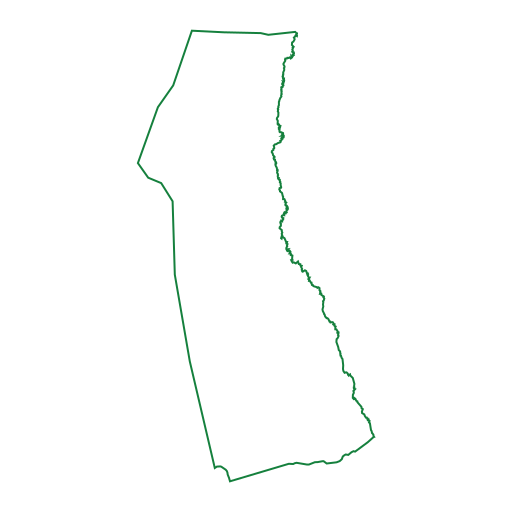 outline of Oichili-Dimani, Andjazîdja, Comoros
{"feature_id": "10938185B16841428111903", "entity_name": "Oichili-Dimani", "entity_type": "district", "adm_level": 2, "iso_a3": "COM", "parent_name": "Comoros", "parent_adm1": "Andjazîdja", "projection": "equal_earth", "projection_center": [43.406, -11.657], "detail": "fine", "context": "isolated", "style": "outline", "palette": "green", "viewbox_px": 512, "rotation_deg": 0, "n_neighbors": 0, "source": "geoboundaries", "source_scale": "gbopen_adm2", "svg_char_len": 6034}
<svg xmlns="http://www.w3.org/2000/svg" viewBox="0 0 512 512"><path d="M191.9,30.7L173.2,85.4L157.9,107.2L137.9,163.1L148.2,177.7L161.2,183.1L172.6,201.3L174.8,274.6L189.8,361.4L214.8,468.0L216.9,466.6L220.2,466.4L221.3,466.7L225.7,469.7L226.8,471.0L227.4,472.5L227.7,474.6L229.0,477.8L230.0,481.3L288.8,463.8L293.2,464.0L294.8,463.2L296.6,462.8L306.7,464.5L309.0,464.5L314.9,462.2L317.6,462.1L322.5,461.2L323.6,461.2L326.7,463.5L336.6,462.3L339.7,461.1L341.8,459.2L342.8,456.5L344.4,455.2L345.7,454.5L348.3,454.9L351.5,452.2L353.5,451.2L355.1,451.6L367.8,442.2L373.5,437.1L374.1,436.9L373.5,436.0L373.4,434.7L372.4,433.3L372.1,433.2L371.5,430.8L371.0,430.1L369.9,423.2L369.0,422.5L369.5,421.1L369.1,421.0L368.7,419.8L368.4,420.4L367.8,420.3L366.9,417.7L366.0,417.7L364.8,415.9L364.3,414.4L362.1,413.1L361.9,411.6L362.8,409.1L361.6,408.3L361.4,406.8L357.4,402.2L357.4,401.4L356.2,400.7L355.4,398.8L354.6,398.2L354.4,399.1L353.9,399.2L352.8,397.9L352.9,394.8L353.8,392.9L353.7,391.4L353.4,391.0L355.1,389.1L354.0,388.6L353.8,388.1L353.8,387.6L354.4,387.6L354.1,386.0L354.4,383.9L352.8,378.0L350.2,375.4L350.1,374.6L349.0,375.4L348.9,374.6L348.0,374.7L347.7,373.5L346.7,372.5L346.1,372.3L344.6,372.8L343.4,371.0L343.0,369.0L343.2,365.3L342.5,359.0L341.6,357.8L341.0,355.7L340.5,355.6L340.3,354.1L340.5,353.4L340.2,353.1L340.1,351.4L338.8,350.1L338.2,347.0L336.4,342.0L336.6,339.2L337.5,338.3L338.5,336.3L338.5,335.5L338.0,335.1L338.5,333.1L338.0,333.0L338.2,332.4L337.4,332.4L337.7,331.4L336.4,329.4L335.3,329.3L335.3,327.0L335.6,326.5L334.6,326.0L334.5,324.4L333.6,324.7L333.2,324.4L333.6,323.6L333.0,322.4L332.2,322.1L330.4,322.5L330.1,322.1L330.1,321.5L329.5,321.5L328.4,319.1L327.5,318.2L326.7,318.2L326.2,317.5L325.8,317.4L325.0,316.1L324.6,314.5L324.1,314.1L324.1,313.6L322.8,311.0L322.5,309.4L323.3,306.4L323.0,304.6L323.3,302.2L323.0,301.2L323.7,300.6L324.3,298.6L323.7,297.7L323.9,297.0L323.4,296.8L323.6,296.3L321.4,295.0L321.3,293.8L320.0,293.8L320.5,292.3L320.1,291.9L320.4,291.1L319.5,290.2L319.5,288.1L318.5,287.3L317.5,287.8L317.4,287.3L313.9,286.3L313.2,285.9L312.8,285.0L311.9,284.9L311.5,282.7L310.9,282.7L309.9,280.9L309.0,280.9L309.2,279.9L308.4,279.1L309.2,278.6L309.1,278.2L309.5,277.6L309.0,277.6L308.2,276.6L307.9,275.7L308.2,274.9L307.6,274.0L307.9,273.4L307.5,273.2L307.1,273.8L306.2,271.0L304.9,270.3L302.7,271.7L302.2,271.4L302.1,270.3L301.7,269.8L302.1,268.8L301.2,267.2L301.7,265.8L301.1,265.7L300.9,266.2L300.3,265.3L300.3,264.2L298.8,264.0L298.0,261.5L295.8,263.4L293.7,262.3L292.7,262.7L291.9,261.6L291.2,260.1L292.5,259.8L292.1,258.6L292.4,255.6L291.4,255.3L292.2,254.6L291.4,254.8L290.4,254.0L290.7,253.6L290.2,252.8L289.9,252.9L290.5,251.9L290.1,251.3L289.5,251.8L289.2,250.5L287.5,251.1L287.0,250.6L287.0,249.6L287.4,249.3L286.5,249.4L286.3,249.0L286.4,247.7L287.2,246.4L286.9,245.9L287.5,244.1L286.3,243.5L286.3,243.2L286.7,243.1L287.1,242.0L286.1,241.9L284.5,238.2L282.5,236.9L282.0,236.9L281.6,238.6L281.1,238.2L281.9,235.6L282.1,236.1L282.5,236.1L281.7,233.8L282.3,232.6L281.8,231.5L281.8,230.1L279.6,228.3L279.7,227.2L280.9,225.8L280.8,224.3L281.0,223.9L280.3,222.9L280.3,222.1L280.6,221.5L281.8,221.5L281.5,220.7L282.3,220.8L282.5,220.0L283.2,219.5L283.3,218.1L282.5,218.1L281.7,216.9L281.7,216.4L282.0,215.7L283.0,215.4L283.6,214.4L284.3,214.9L284.4,213.6L284.0,213.2L284.5,212.3L285.8,213.2L286.2,212.4L286.6,212.3L286.2,211.5L287.0,210.2L287.7,209.5L287.9,208.6L287.8,208.0L287.0,208.4L287.3,207.6L286.6,207.7L287.1,206.2L286.9,205.8L286.4,205.4L285.7,205.5L285.3,204.9L285.7,203.2L286.2,202.6L285.0,201.9L285.4,201.3L284.4,199.1L283.1,199.1L283.1,196.4L282.7,196.0L282.2,193.6L281.9,192.8L280.0,191.4L280.0,190.4L279.3,189.6L279.6,188.1L281.1,187.7L281.2,187.2L280.6,185.0L280.7,183.3L279.9,182.4L280.2,181.8L279.9,181.6L279.9,180.7L279.2,179.8L279.5,179.5L278.2,178.7L278.7,177.9L278.0,177.6L277.7,176.0L278.1,175.1L277.8,174.5L277.9,174.0L277.1,172.8L277.1,172.2L277.5,171.3L277.1,170.6L277.7,170.1L277.6,169.8L277.1,169.8L276.7,167.4L276.0,166.5L275.4,164.8L275.5,163.7L276.1,163.7L276.3,163.2L276.0,162.1L275.3,161.7L275.0,159.7L274.1,159.6L273.6,158.4L273.8,157.4L274.5,157.3L274.6,156.9L273.0,155.1L272.7,153.4L271.8,152.4L271.8,151.7L271.9,151.1L273.4,149.9L273.4,148.8L274.2,148.2L274.2,147.1L273.7,145.7L274.9,144.4L276.2,144.2L278.0,143.0L280.1,142.4L280.7,141.8L280.3,140.8L281.3,140.3L281.9,139.4L281.6,139.0L282.2,138.9L281.8,137.7L282.2,137.6L282.7,138.0L283.6,137.4L283.8,135.8L283.5,135.5L282.0,135.6L283.2,134.8L283.1,133.7L282.3,133.7L282.7,132.9L281.1,132.2L279.9,132.2L279.6,131.9L279.4,130.6L279.6,129.8L279.0,129.2L279.4,128.6L279.0,128.6L279.0,128.1L279.8,127.8L279.8,127.0L279.1,127.1L279.3,126.7L280.1,126.7L280.4,126.0L279.4,125.7L279.1,125.2L279.2,124.7L278.6,124.1L278.2,124.7L277.8,124.5L277.6,124.0L277.8,120.8L276.8,119.0L277.1,117.8L278.1,116.5L278.3,115.5L278.4,112.5L277.8,111.4L278.0,111.0L277.9,109.7L278.2,109.4L277.8,108.6L278.5,107.3L278.3,106.4L278.9,105.2L278.9,101.8L279.2,101.4L279.4,100.2L280.3,98.0L281.4,96.5L281.1,95.2L281.7,94.1L281.4,93.6L281.6,93.2L281.4,91.8L281.7,91.2L281.3,90.7L281.5,90.1L281.2,89.6L281.6,88.9L281.2,87.7L281.4,87.1L282.5,87.0L282.5,86.5L283.4,85.5L283.1,84.7L282.6,84.8L282.1,84.0L282.7,82.7L283.4,83.0L283.5,82.1L283.0,81.3L284.0,81.4L284.2,80.2L283.9,79.8L284.0,78.6L283.1,78.8L282.8,77.5L283.0,76.7L282.6,76.3L283.3,74.8L283.0,74.3L283.3,73.5L283.2,72.4L284.2,70.1L284.2,68.7L283.9,68.1L284.5,67.1L284.5,66.3L283.5,64.6L283.5,63.6L285.3,60.7L285.0,59.7L285.3,58.6L286.8,58.6L287.3,57.8L288.8,58.0L289.5,57.4L290.5,57.8L290.8,58.4L291.7,57.7L291.3,57.0L291.3,56.3L291.9,57.1L292.2,57.0L293.1,55.6L292.9,55.1L293.5,55.0L293.1,54.4L293.7,53.9L293.3,53.1L293.9,53.1L293.8,52.3L292.2,51.7L292.8,50.3L292.3,49.5L293.0,48.0L292.7,47.5L293.6,46.8L291.9,45.0L292.1,42.5L293.4,41.6L294.6,39.5L294.5,38.7L293.9,37.6L295.1,36.5L295.4,35.7L296.1,35.6L296.9,36.1L297.0,35.6L296.2,34.7L297.0,33.8L297.0,33.3L296.2,33.0L295.2,31.9L268.3,34.8L260.7,33.1L223.9,32.3L191.9,30.7Z" fill="none" stroke="#15803d" stroke-width="2"/></svg>